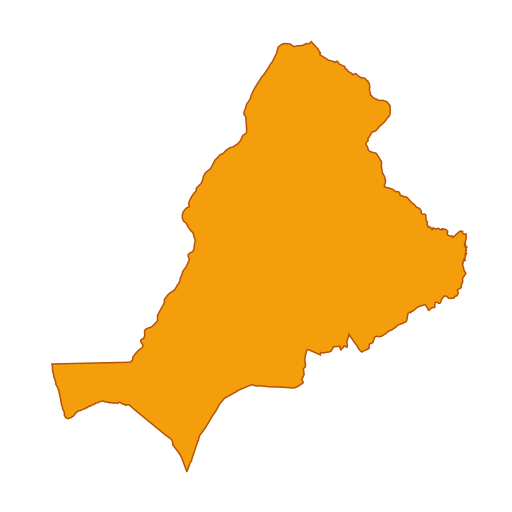 Susa, Cundinamarca, Colombia, rotated 176°
{"feature_id": "7082276B26676280145187", "entity_name": "Susa", "entity_type": "district", "adm_level": 2, "iso_a3": "COL", "parent_name": "Colombia", "parent_adm1": "Cundinamarca", "projection": "albers", "projection_center": [-73.846, 5.439], "detail": "fine", "context": "isolated", "style": "filled", "palette": "amber", "viewbox_px": 512, "rotation_deg": 176, "n_neighbors": 0, "source": "geoboundaries", "source_scale": "gbopen_adm2", "svg_char_len": 6028}
<svg xmlns="http://www.w3.org/2000/svg" viewBox="0 0 512 512"><g transform="rotate(176 256 256)"><path d="M340.1,46.0L339.6,46.4L336.3,53.9L334.6,56.2L334.1,58.1L326.8,75.7L326.4,75.8L325.1,80.3L318.6,88.0L310.7,99.4L306.5,104.7L302.8,110.7L297.3,116.3L283.5,122.8L282.9,123.3L269.5,127.9L264.3,126.2L262.6,126.5L251.9,124.6L240.7,123.5L227.9,121.7L225.8,122.1L222.9,123.2L217.9,126.1L217.7,126.6L218.8,129.6L218.6,130.4L216.6,133.6L216.3,134.7L216.6,140.3L214.6,141.8L214.2,143.5L214.6,149.1L213.5,153.9L211.9,158.6L210.0,158.8L209.0,158.3L198.6,152.8L198.5,154.4L197.9,155.1L195.0,154.5L194.3,154.9L190.4,155.1L188.0,155.7L187.3,156.3L185.0,160.0L178.7,160.1L178.7,158.6L177.8,156.4L175.5,158.6L174.3,160.2L173.1,159.6L171.9,158.6L171.2,159.4L171.0,160.4L171.3,161.4L171.4,164.4L169.3,169.2L168.9,171.5L162.6,160.9L161.5,159.7L161.0,158.0L159.3,155.1L158.1,153.7L157.2,152.8L154.6,154.1L150.8,155.3L149.5,156.3L149.4,158.6L148.9,160.4L145.9,161.2L145.1,161.9L144.3,164.6L142.9,167.0L141.4,167.6L138.6,166.8L136.4,167.2L132.2,169.4L129.4,171.5L125.0,173.2L121.6,175.3L118.8,177.4L115.0,178.4L110.9,180.1L110.3,180.8L109.8,182.2L108.5,187.9L107.0,189.0L106.1,189.1L105.6,188.7L105.0,189.6L103.2,190.2L98.2,193.9L90.8,195.7L89.3,193.8L88.1,190.3L87.2,189.7L85.5,191.3L84.5,191.8L83.9,192.4L82.1,192.0L81.4,192.3L81.0,193.6L80.9,196.5L80.2,197.3L78.7,197.2L76.9,196.0L76.0,196.0L75.3,196.5L73.9,199.7L71.1,202.9L68.5,202.5L68.0,202.1L67.2,200.7L66.1,200.2L62.8,200.1L61.2,200.4L60.5,201.7L58.4,202.3L57.5,203.3L56.8,205.2L57.5,208.1L53.7,210.0L53.1,212.8L51.5,216.0L51.6,218.2L51.3,219.5L48.0,223.8L48.0,224.6L49.2,226.6L49.7,228.0L49.8,230.1L50.6,232.6L49.9,234.4L50.5,235.0L49.7,236.4L48.9,236.8L48.2,236.7L48.0,237.2L47.4,237.4L47.7,238.0L48.7,238.0L48.9,238.4L47.1,240.6L47.0,241.3L47.3,242.2L46.5,242.5L45.8,243.9L46.8,244.1L46.2,244.6L46.5,246.7L45.7,247.0L45.9,247.2L46.4,247.2L46.5,247.7L45.0,250.2L45.6,250.8L46.4,250.2L46.7,250.3L46.9,251.7L46.4,251.1L46.1,251.8L46.7,252.5L46.3,253.0L46.3,253.5L47.0,254.5L46.3,255.1L44.9,259.6L45.0,263.5L46.4,263.2L47.7,263.7L48.5,265.1L48.2,266.1L50.0,266.6L51.4,266.2L58.0,261.0L59.1,261.6L59.1,262.4L59.8,262.4L60.5,262.0L63.3,263.6L63.8,265.4L63.4,266.0L63.5,266.4L63.1,266.7L63.3,267.0L63.2,267.4L64.3,268.8L65.6,269.5L66.0,269.3L66.4,269.8L68.6,270.3L68.8,270.0L68.4,269.3L70.0,269.1L72.0,270.9L75.7,270.5L77.2,271.7L77.8,271.5L78.1,270.4L78.4,270.1L79.4,271.4L79.8,272.5L82.1,272.7L81.8,273.3L83.2,275.5L82.6,277.8L83.8,280.1L83.8,285.2L85.0,286.1L86.5,286.0L87.5,286.5L88.0,287.2L88.1,289.6L89.5,292.1L92.4,293.4L94.1,295.9L97.2,298.7L101.5,304.2L102.4,304.6L104.2,304.8L106.3,306.1L107.8,306.1L108.3,308.7L109.4,310.3L111.5,310.4L112.3,310.7L115.6,313.3L119.8,315.0L122.6,315.8L123.1,316.2L122.8,318.0L121.6,321.1L121.6,322.2L122.1,325.8L124.1,330.4L124.7,336.4L124.2,341.2L128.7,349.7L129.4,350.2L134.6,352.1L136.1,353.2L136.7,354.6L137.2,357.2L138.7,359.9L137.5,362.2L136.1,363.0L136.2,365.1L133.7,368.3L132.5,370.3L131.1,371.7L128.6,372.2L126.5,373.7L123.5,376.9L119.6,379.8L116.3,383.1L115.7,384.3L113.9,385.6L113.2,386.6L112.5,387.9L111.9,392.1L112.0,394.7L111.7,396.1L112.3,397.3L114.5,400.6L118.3,402.3L122.9,402.7L124.7,404.0L128.0,405.5L129.7,408.0L130.5,408.5L130.8,409.1L130.4,410.5L131.1,412.6L131.2,414.1L130.6,417.7L131.2,420.8L132.1,421.5L132.3,423.0L133.6,423.7L134.8,425.6L139.1,426.8L141.9,428.9L143.6,430.9L144.3,431.1L146.7,430.0L148.0,431.8L149.4,432.2L150.4,433.3L151.2,433.6L152.0,435.4L154.1,437.0L154.4,437.5L154.1,438.3L154.3,438.9L156.3,439.8L159.8,441.9L161.2,444.6L161.9,444.6L163.6,443.6L164.1,443.6L164.3,444.3L169.9,446.2L178.3,452.4L178.4,453.1L177.5,454.1L178.7,455.7L179.4,457.7L185.9,466.0L188.2,464.0L189.0,463.9L189.9,464.3L191.1,464.4L193.7,463.2L196.0,462.7L200.4,462.8L202.4,462.3L204.0,462.5L206.6,464.8L208.0,465.4L213.5,466.0L215.7,465.3L219.4,462.8L221.3,456.9L226.4,448.3L228.3,446.4L229.9,443.7L235.5,436.4L238.3,433.8L239.2,432.2L243.1,427.1L246.6,422.0L249.6,416.6L250.8,413.0L254.8,408.0L255.7,405.3L258.2,399.7L257.9,397.5L256.5,395.8L256.5,382.5L257.2,379.1L260.7,377.2L263.3,372.4L265.9,369.6L271.1,366.5L275.0,365.6L278.3,363.6L282.1,360.3L284.6,359.7L286.8,357.4L290.2,354.6L294.7,347.1L296.6,345.3L300.1,343.0L301.3,341.6L302.9,339.0L304.2,334.9L305.9,332.0L310.5,328.1L310.9,327.3L311.0,325.4L311.5,324.7L313.6,323.0L316.0,319.8L318.4,315.9L319.3,313.9L319.6,312.5L319.0,310.3L319.2,309.9L322.6,308.4L325.3,305.4L326.5,302.9L326.9,299.4L325.9,296.0L323.4,293.6L321.3,288.9L319.1,285.6L317.4,283.7L316.9,282.2L316.5,279.3L315.7,277.3L315.5,275.6L316.7,271.5L317.4,267.2L318.3,265.6L319.2,264.7L321.8,263.5L323.6,262.2L323.6,260.2L322.7,257.4L323.1,256.2L326.6,249.8L328.6,247.7L330.4,245.2L331.3,242.2L332.9,239.5L333.7,236.5L334.9,233.9L336.3,232.9L338.7,228.9L341.0,227.0L344.1,225.4L346.7,223.3L350.4,219.1L350.5,216.7L351.2,214.9L358.5,203.6L358.7,198.5L359.1,197.8L364.5,193.0L366.6,192.1L369.6,191.4L371.8,190.1L372.4,189.1L372.6,184.1L373.3,182.6L373.9,181.6L375.8,180.8L376.7,180.2L376.9,179.6L376.7,177.8L375.1,175.4L375.5,173.2L376.3,172.3L378.7,170.9L382.3,167.9L386.1,163.4L386.3,161.0L388.9,158.8L467.1,162.5L466.8,158.9L467.0,156.4L466.7,155.7L466.9,155.0L466.3,152.3L466.0,148.9L465.5,148.1L464.6,144.0L464.6,141.8L463.3,139.3L462.0,134.7L460.6,124.1L460.5,121.2L459.8,119.5L459.6,117.2L458.1,113.2L458.3,110.8L457.2,108.2L456.6,107.6L454.4,106.8L453.1,107.5L451.7,107.7L448.8,109.5L446.9,111.8L444.6,113.5L443.3,114.0L442.1,114.0L439.1,115.3L436.8,115.7L435.5,116.7L434.9,116.5L433.5,117.6L432.6,117.7L432.5,118.1L432.1,118.3L431.2,118.0L429.1,119.3L427.4,119.3L426.0,120.8L424.3,120.5L421.5,121.8L419.7,121.8L418.7,122.1L417.4,121.3L413.0,120.2L412.3,119.6L411.3,119.9L409.3,119.5L408.2,119.0L407.0,119.5L404.7,118.7L404.2,119.1L403.0,119.2L402.5,119.7L402.0,119.7L399.9,118.0L399.2,117.9L399.0,117.5L397.7,117.2L396.4,116.1L395.4,116.6L393.0,116.5L388.9,112.2L358.9,83.8L353.9,79.7L352.5,77.6L352.0,73.0L347.0,65.5L344.5,60.8L340.1,46.0Z" fill="#f59e0b" stroke="#b45309" stroke-width="1.5"/></g></svg>